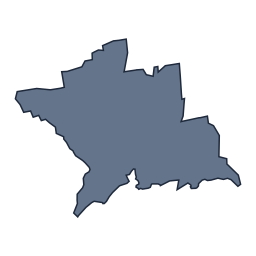 the district of New Haven, Connecticut, United States of America
{"feature_id": "52423323B55561087422078", "entity_name": "New Haven", "entity_type": "district", "adm_level": 2, "iso_a3": "USA", "parent_name": "United States of America", "parent_adm1": "Connecticut", "projection": "equal_earth", "projection_center": [-72.92, 41.407], "detail": "fine", "context": "isolated", "style": "filled", "palette": "slate", "viewbox_px": 256, "rotation_deg": 0, "n_neighbors": 0, "source": "geoboundaries", "source_scale": "gbopen_adm2", "svg_char_len": 1962}
<svg xmlns="http://www.w3.org/2000/svg" viewBox="0 0 256 256"><path d="M179.3,63.5L165.3,65.7L158.2,72.1L157.8,66.5L154.2,67.2L153.1,76.3L150.7,75.7L146.3,74.7L143.1,69.4L136.3,69.9L136.2,70.0L124.0,71.8L124.3,70.7L127.6,52.8L126.2,39.1L119.0,40.3L113.4,40.9L102.6,45.6L103.4,50.4L98.4,50.0L94.3,52.0L92.1,53.2L92.3,59.6L90.4,60.0L85.0,61.0L81.9,66.8L67.3,71.4L61.7,71.7L64.3,87.3L60.1,88.3L50.4,89.8L36.7,88.5L17.2,91.6L15.4,98.8L20.1,104.6L23.7,112.3L30.6,111.0L33.2,117.2L38.7,115.4L41.3,120.6L45.6,119.3L49.4,122.7L55.4,127.1L56.3,133.4L63.6,136.7L63.8,139.1L66.5,142.4L69.8,148.6L73.0,150.8L73.6,152.3L75.6,155.7L82.7,160.5L85.2,162.8L89.3,167.4L90.0,169.6L89.0,171.8L85.3,174.1L83.3,178.3L83.8,184.7L82.6,187.8L77.2,194.2L77.1,200.2L77.4,203.6L73.7,213.0L77.7,216.9L78.5,215.6L85.9,207.4L91.7,202.6L94.1,201.3L95.6,201.5L102.2,202.5L102.8,202.8L102.8,203.4L102.9,203.6L104.3,203.5L106.5,201.3L109.2,196.7L112.5,192.6L119.5,185.8L120.1,185.6L120.9,185.3L127.0,183.3L127.6,182.7L129.1,181.3L127.8,178.9L126.7,176.5L126.7,176.3L126.2,175.2L129.4,174.5L131.5,171.1L133.4,169.0L135.0,169.2L135.0,169.6L135.5,174.2L136.3,177.1L135.6,178.9L137.9,180.5L138.9,182.7L138.7,184.1L136.3,185.4L136.0,186.9L136.1,187.3L137.0,187.7L137.8,188.1L138.8,189.3L140.7,188.4L142.5,189.1L148.2,188.2L148.7,188.0L150.3,187.3L151.4,184.4L152.1,183.9L158.1,183.9L160.2,184.9L160.4,185.6L168.7,181.4L169.7,180.9L177.9,180.1L178.8,180.1L177.1,189.7L187.9,183.0L190.7,184.9L191.1,186.1L190.4,186.8L191.3,188.5L195.8,188.3L197.0,187.7L198.4,186.0L198.6,183.6L202.2,180.1L204.9,179.3L207.2,180.4L207.5,180.5L211.0,180.1L217.9,178.2L223.4,179.4L227.6,178.3L231.1,179.7L237.9,186.3L240.6,184.3L238.3,175.1L226.9,164.0L226.7,158.7L218.9,156.7L219.3,135.5L213.5,125.7L208.4,123.2L207.4,116.1L200.3,117.7L198.8,117.8L191.9,119.3L183.4,121.1L181.1,121.6L183.1,116.0L184.1,102.9L184.5,98.5L181.9,99.3L181.4,93.8L180.3,76.5L179.3,63.5Z" fill="#64748b" stroke="#1e293b" stroke-width="1.5"/></svg>